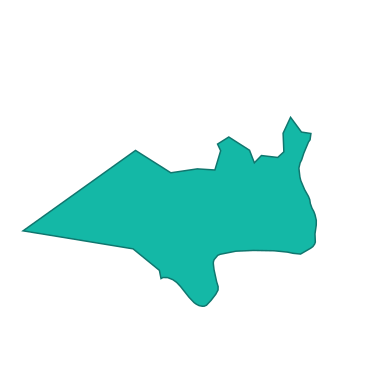 Hancock, Kentucky, United States of America, rotated 117°
{"feature_id": "52423323B75226033138099", "entity_name": "Hancock", "entity_type": "district", "adm_level": 2, "iso_a3": "USA", "parent_name": "United States of America", "parent_adm1": "Kentucky", "projection": "mercator", "projection_center": [-86.797, 37.827], "detail": "fine", "context": "isolated", "style": "filled", "palette": "teal", "viewbox_px": 384, "rotation_deg": 117, "n_neighbors": 0, "source": "geoboundaries", "source_scale": "gbopen_adm2", "svg_char_len": 1034}
<svg xmlns="http://www.w3.org/2000/svg" viewBox="0 0 384 384"><g transform="rotate(117 192 192)"><path d="M283.2,180.3L281.4,179.1L279.3,174.8L278.8,169.2L279.5,164.7L281.3,159.6L287.2,146.7L289.6,139.9L290.0,137.3L290.0,134.1L289.1,130.9L288.2,129.3L286.3,127.7L279.8,125.8L272.3,124.4L267.5,124.3L264.4,125.8L260.8,129.3L251.1,137.2L246.1,140.5L244.6,141.2L242.3,141.6L236.7,140.3L234.7,138.6L224.8,126.0L216.2,110.8L207.1,92.2L202.2,79.6L200.7,74.0L198.0,67.1L188.3,60.8L185.9,59.6L185.6,59.5L182.7,59.1L180.6,59.4L173.5,63.4L165.0,66.3L160.8,68.4L156.4,72.1L154.1,74.6L152.0,77.7L148.7,81.2L145.3,83.7L143.1,86.2L138.8,92.7L132.5,100.2L129.6,102.7L122.2,107.6L117.0,108.9L113.6,108.9L106.7,110.0L94.5,110.9L91.9,110.5L85.9,112.6L88.9,121.7L80.7,138.1L98.3,137.5L114.5,128.4L122.3,131.3L128.0,146.7L137.7,149.7L128.7,159.7L126.3,184.2L137.7,191.0L142.2,185.2L162.0,181.6L169.0,197.8L184.5,219.6L180.6,261.2L293.1,319.6L303.3,324.9L269.4,218.7L276.6,185.5L283.2,180.3Z" fill="#14b8a6" stroke="#0f766e" stroke-width="1.5"/></g></svg>